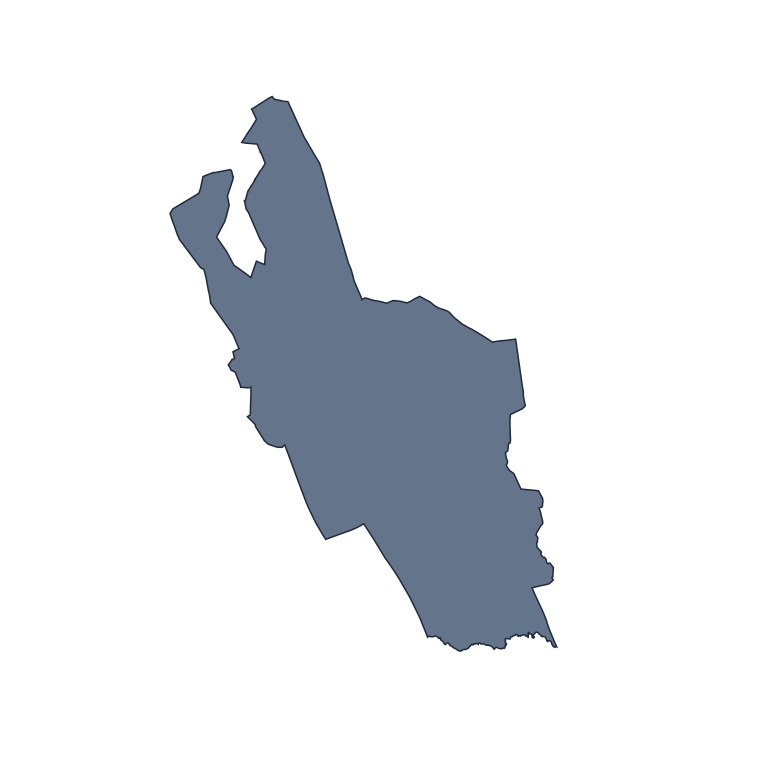 Pušmucovas pag., Ciblas, Latvia, rotated 248°
{"feature_id": "27541924B48710808686616", "entity_name": "Pušmucovas pag.", "entity_type": "district", "adm_level": 2, "iso_a3": "LVA", "parent_name": "Latvia", "parent_adm1": "Ciblas", "projection": "robinson", "projection_center": [27.687, 56.641], "detail": "fine", "context": "isolated", "style": "filled", "palette": "slate", "viewbox_px": 768, "rotation_deg": 248, "n_neighbors": 0, "source": "geoboundaries", "source_scale": "gbopen_adm2", "svg_char_len": 5996}
<svg xmlns="http://www.w3.org/2000/svg" viewBox="0 0 768 768"><g transform="rotate(248 384 384)"><path d="M688.5,364.2L677.2,364.9L669.6,354.6L669.6,354.3L661.3,342.6L659.0,346.2L657.5,349.3L653.9,356.3L646.6,356.3L645.9,356.2L645.4,356.0L645.2,356.1L645.2,356.4L640.3,356.6L633.0,356.5L629.4,351.6L627.7,348.8L627.8,348.7L626.8,347.3L626.5,347.4L622.3,341.3L622.1,340.8L621.7,341.0L617.6,335.5L617.7,335.3L615.6,332.7L614.2,330.6L613.8,330.1L606.1,324.2L605.9,323.9L606.3,323.3L598.0,321.7L593.6,322.6L564.4,323.3L557.5,324.6L556.6,324.5L553.3,325.4L548.8,322.6L541.9,319.2L539.5,318.2L543.1,314.2L545.7,311.7L532.6,300.4L538.1,297.2L547.6,291.2L550.1,289.4L565.6,287.7L582.2,284.0L583.2,284.0L594.3,297.2L598.6,300.7L607.7,307.4L617.0,309.3L629.7,320.1L632.8,322.0L633.2,321.6L634.0,321.9L639.2,322.5L640.4,321.7L643.6,305.3L644.0,305.3L644.2,298.3L644.1,293.9L633.6,286.8L630.3,283.9L629.4,279.0L625.5,253.9L623.5,251.0L622.9,250.2L622.1,249.4L611.5,248.8L611.0,248.9L610.4,248.9L601.2,248.4L594.6,248.5L560.6,257.5L557.7,259.9L550.1,259.0L536.5,256.2L535.3,256.1L530.9,255.3L528.8,254.7L528.2,254.7L524.0,253.5L486.4,262.5L471.0,262.8L470.7,258.3L470.4,256.0L463.5,254.9L463.7,252.2L463.2,251.9L460.5,247.4L459.9,246.7L459.0,247.0L454.3,247.4L450.8,250.4L450.4,250.5L436.3,250.3L434.7,249.8L431.7,255.8L431.0,257.9L430.7,259.1L430.8,259.3L425.6,257.3L421.6,255.6L421.4,255.6L420.4,255.0L407.0,249.1L405.4,248.3L405.4,248.0L404.9,245.1L394.9,249.3L394.4,249.4L393.3,249.0L392.8,248.9L378.5,251.5L376.8,251.7L376.4,251.8L371.6,254.1L371.3,254.4L368.3,257.8L365.1,261.8L363.5,265.7L363.6,266.5L364.7,269.2L328.3,268.1L303.4,267.5L295.9,267.7L283.8,268.5L280.4,268.8L268.0,270.6L261.8,271.7L261.0,295.3L260.8,295.8L261.0,305.2L261.5,309.8L262.0,312.5L261.9,312.8L261.6,312.9L244.2,316.3L221.9,319.9L215.4,321.5L207.2,323.3L198.1,325.0L176.9,328.0L154.6,329.6L132.9,329.6L133.3,330.4L133.2,331.7L133.0,332.0L132.3,332.4L131.9,333.3L131.4,334.2L131.4,335.8L131.0,336.4L131.3,336.9L130.9,337.4L130.6,338.0L130.3,338.3L127.5,339.6L127.5,340.0L127.9,340.5L127.8,340.9L127.3,341.2L126.1,340.8L125.7,340.7L124.0,341.7L122.4,342.3L120.0,342.7L119.6,343.0L119.3,343.5L119.4,343.8L120.0,344.6L120.3,345.3L120.1,346.1L119.9,346.5L119.5,346.7L117.3,347.1L116.3,347.5L115.2,348.9L114.6,348.9L113.3,349.9L112.9,350.0L112.6,350.5L110.8,351.9L109.3,352.8L108.0,354.1L107.9,354.7L107.5,355.3L107.5,355.5L107.9,356.1L108.0,357.2L107.9,358.1L107.3,360.7L107.3,361.7L107.5,363.0L107.7,363.8L108.5,364.9L108.9,366.2L109.7,367.7L109.6,367.9L108.9,368.5L108.7,368.8L108.7,369.0L109.3,369.5L109.5,370.0L109.5,370.3L108.8,370.9L108.7,371.1L109.0,371.6L108.9,372.2L108.3,373.0L108.2,373.5L107.4,373.8L108.0,374.2L108.2,375.0L108.1,375.5L107.6,376.0L106.5,376.6L106.4,377.1L106.1,378.5L105.4,379.3L103.9,380.5L103.5,381.5L103.0,381.9L103.0,382.5L102.9,382.9L102.6,382.9L101.5,384.3L101.3,384.7L100.2,385.6L98.6,386.4L98.3,386.5L97.5,386.3L96.8,387.1L97.5,387.8L97.7,389.5L97.4,390.0L95.6,391.7L94.8,393.1L94.4,394.1L94.4,394.5L94.8,395.3L93.8,396.5L93.8,396.8L95.1,398.1L96.6,398.5L96.8,398.8L96.3,399.6L97.1,400.3L97.4,400.3L99.2,399.6L99.8,399.6L100.5,400.6L101.3,400.8L101.9,400.8L102.2,401.0L102.3,401.5L101.9,402.7L100.3,405.2L100.3,405.4L101.4,406.1L101.8,406.6L102.0,407.2L101.6,407.7L101.6,407.9L102.1,409.5L101.9,410.6L102.1,411.2L101.8,411.6L102.3,412.8L102.0,413.5L101.6,413.8L100.5,413.6L99.8,414.0L99.6,414.4L99.9,414.9L99.9,415.1L99.7,415.6L99.1,416.1L99.1,416.6L99.4,417.1L99.4,418.1L98.7,420.5L98.3,421.0L98.0,421.2L97.4,421.1L97.5,421.7L97.4,421.8L96.6,422.0L95.1,422.7L95.3,423.0L96.5,423.4L97.5,424.0L99.0,424.2L99.6,424.9L99.6,425.1L99.3,425.2L98.6,425.2L98.0,425.4L97.6,425.7L97.3,426.6L96.8,427.0L96.3,427.0L95.8,427.2L94.3,426.6L93.9,426.5L92.8,426.9L92.6,427.1L92.5,427.5L92.6,428.1L93.2,428.6L94.0,428.0L94.4,427.8L95.0,427.8L95.4,428.0L95.4,428.4L95.9,429.1L95.8,429.7L96.5,430.8L96.8,431.5L96.9,432.3L96.8,432.7L96.1,433.4L94.1,434.2L92.5,435.2L91.3,435.3L90.7,435.7L90.4,436.2L90.4,436.8L89.7,437.9L89.1,438.5L87.8,438.9L85.0,438.8L84.0,439.2L83.8,439.4L83.8,439.6L84.3,440.0L84.4,440.4L83.4,442.1L81.9,442.4L79.8,442.1L78.6,442.5L77.6,442.4L77.1,442.6L76.9,442.8L76.8,443.1L75.8,443.9L75.9,444.2L76.2,444.5L76.2,444.8L76.1,445.1L75.6,445.6L87.3,445.4L95.0,445.4L101.7,445.7L102.5,446.0L112.4,446.1L124.3,445.5L131.0,445.1L139.6,444.9L138.3,453.3L138.3,453.8L137.6,457.2L136.9,462.3L137.6,464.3L138.7,467.2L139.0,467.6L139.7,467.3L141.4,467.1L141.9,467.4L141.8,468.2L150.4,472.3L156.0,470.7L156.1,468.5L156.2,468.4L157.4,468.0L160.7,468.6L163.1,468.0L163.2,467.1L165.6,465.9L168.5,466.0L169.1,467.0L171.1,466.6L171.8,465.9L175.4,464.9L177.2,465.3L178.5,465.5L180.4,467.2L183.9,469.0L184.2,469.1L186.9,468.4L189.1,469.9L191.6,473.5L193.6,475.8L194.9,478.7L196.6,479.5L197.5,479.7L206.6,481.1L208.1,481.2L210.6,481.2L210.8,481.5L211.0,483.0L210.5,484.2L212.2,485.7L213.0,485.8L215.0,487.1L216.5,487.6L218.7,488.2L227.2,487.2L235.3,471.6L252.5,470.8L256.1,468.3L259.9,467.3L262.6,466.9L263.1,467.2L264.9,469.2L267.0,469.7L269.6,469.6L273.5,470.6L274.8,470.7L275.7,473.8L280.0,476.0L282.3,477.5L282.1,478.8L284.6,480.3L289.4,482.0L297.6,485.0L303.9,487.5L308.3,489.7L309.3,503.3L310.9,506.9L311.8,507.0L320.1,508.6L324.4,510.2L330.7,511.6L364.9,520.0L376.3,522.9L377.7,517.4L379.1,512.4L379.5,510.9L380.2,509.1L381.3,504.6L382.1,500.4L392.0,493.4L401.6,486.1L404.0,484.0L406.0,482.1L406.3,482.1L410.5,478.8L418.1,474.6L420.7,473.4L425.4,471.7L426.4,471.2L428.5,469.5L433.6,463.6L434.3,462.7L434.9,462.4L437.7,460.2L442.6,457.6L451.9,449.9L451.4,443.4L450.9,441.1L450.5,436.1L451.9,433.8L454.9,429.6L458.0,423.7L457.9,416.8L462.5,410.5L465.3,405.9L470.6,399.2L471.0,398.1L470.7,396.8L470.5,395.0L471.4,395.4L491.0,394.9L495.6,395.6L502.3,396.4L509.2,396.3L576.4,403.0L602.0,406.2L602.3,406.2L602.5,406.1L612.8,407.0L623.8,405.2L643.3,402.4L681.8,400.7L683.5,397.3L689.1,389.0L692.4,388.0L692.2,384.3L690.6,376.1L689.0,367.5L688.5,364.2Z" fill="#64748b" stroke="#1e293b" stroke-width="1.5"/></g></svg>